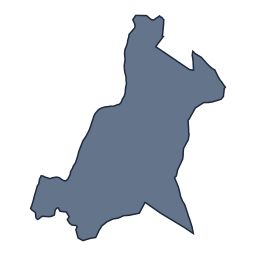 the district of Ikpoba-Okha, Edo, Nigeria
{"feature_id": "59680162B29680565367836", "entity_name": "Ikpoba-Okha", "entity_type": "district", "adm_level": 2, "iso_a3": "NGA", "parent_name": "Nigeria", "parent_adm1": "Edo", "projection": "robinson", "projection_center": [5.629, 6.182], "detail": "fine", "context": "isolated", "style": "filled", "palette": "slate", "viewbox_px": 256, "rotation_deg": 0, "n_neighbors": 0, "source": "geoboundaries", "source_scale": "gbopen_adm2", "svg_char_len": 2406}
<svg xmlns="http://www.w3.org/2000/svg" viewBox="0 0 256 256"><path d="M46.3,216.5L48.9,216.7L51.6,216.3L54.4,215.0L54.7,212.9L55.2,210.1L56.7,208.2L58.2,207.8L60.0,211.2L62.5,211.6L66.2,212.0L68.0,214.8L69.2,216.5L67.3,219.7L69.3,222.9L71.5,224.9L74.0,225.3L76.1,225.5L77.1,226.6L75.9,229.8L78.1,238.0L83.0,240.6L90.5,238.3L95.7,237.5L99.1,230.3L101.8,225.9L107.0,221.8L112.8,219.0L118.3,218.1L123.5,215.7L129.0,215.3L139.3,213.2L144.4,203.6L145.1,202.4L147.7,204.1L160.3,213.0L183.7,227.1L189.6,231.0L193.3,233.5L192.1,227.3L190.7,222.6L189.3,218.3L188.4,216.2L187.5,213.0L186.1,208.8L184.7,204.6L182.4,200.9L180.5,196.2L179.6,191.9L179.2,190.3L178.2,186.6L174.5,177.7L176.3,176.0L177.7,169.7L182.7,159.0L183.2,154.8L183.2,152.1L183.6,148.4L185.0,145.7L188.2,139.8L189.1,134.5L188.6,131.9L188.6,129.2L188.1,120.2L189.0,119.2L195.4,107.9L203.7,102.6L208.3,102.5L212.4,101.9L219.7,99.7L221.1,99.2L223.4,96.5L224.3,88.5L225.4,87.1L223.6,85.0L222.3,82.8L220.1,80.1L217.9,76.4L216.6,73.7L214.8,69.9L212.6,68.8L209.4,66.1L207.2,63.9L201.4,57.4L195.0,53.5L192.8,51.3L192.2,55.2L192.8,58.8L193.1,61.3L193.5,70.2L189.3,69.5L168.6,55.4L155.7,46.7L156.5,45.6L163.4,36.4L162.2,36.1L162.7,33.4L163.5,25.1L163.6,24.2L163.8,19.7L163.3,19.2L162.7,18.6L161.7,17.3L161.3,17.1L160.5,17.2L159.6,15.9L153.3,20.2L150.7,19.2L147.7,16.6L146.5,15.6L135.7,15.4L132.8,19.7L133.7,21.6L134.6,23.7L135.1,25.9L134.9,26.8L134.6,28.0L131.4,31.7L131.3,31.9L129.1,34.4L128.7,37.1L127.9,39.8L127.8,40.3L127.7,40.6L127.6,41.3L127.3,43.4L126.6,45.5L126.0,47.2L125.0,49.3L124.9,50.1L124.7,52.0L124.6,52.5L124.6,55.1L125.1,59.4L124.6,63.1L124.2,65.8L124.6,71.1L126.0,76.9L126.1,80.6L126.5,83.8L126.0,85.8L125.6,87.5L125.2,92.8L124.3,96.0L122.4,99.2L121.1,102.4L119.2,104.5L117.9,104.5L113.7,106.2L110.5,106.2L106.9,106.8L105.5,106.8L101.8,107.9L99.5,109.0L98.1,110.1L95.4,113.3L94.0,115.9L92.2,121.3L89.8,128.6L88.4,131.8L86.1,136.1L82.9,140.9L80.2,147.8L78.8,151.5L77.9,155.3L76.6,159.5L75.6,162.5L73.1,166.5L72.6,168.1L71.8,169.5L70.8,171.3L69.9,175.1L67.8,179.1L66.0,180.7L64.2,180.7L62.8,180.2L59.1,177.6L56.4,177.1L52.7,177.7L49.9,178.7L48.6,178.2L45.3,177.2L43.5,176.2L41.2,175.7L39.6,179.1L38.7,183.9L37.3,186.0L36.4,189.2L34.2,196.7L33.3,200.4L32.6,202.7L31.9,205.2L31.1,207.2L30.6,208.5L31.6,209.7L35.4,212.5L35.8,216.4L36.0,217.8L37.4,219.4L38.6,219.0L42.1,216.3L46.3,216.5Z" fill="#64748b" stroke="#1e293b" stroke-width="1.5"/></svg>